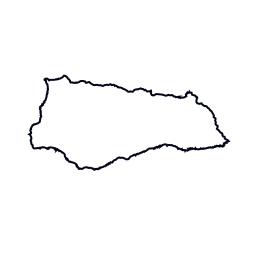 outline of Sao Joao Baptista, Porto Novo, Cabo Verde, rotated 26°
{"feature_id": "66160863B46579427106888", "entity_name": "Sao Joao Baptista", "entity_type": "district", "adm_level": 2, "iso_a3": "CPV", "parent_name": "Cabo Verde", "parent_adm1": "Porto Novo", "projection": "orthographic", "projection_center": [-25.144, 17.011], "detail": "fine", "context": "isolated", "style": "outline", "palette": "ink", "viewbox_px": 256, "rotation_deg": 26, "n_neighbors": 0, "source": "geoboundaries", "source_scale": "gbopen_adm2", "svg_char_len": 5851}
<svg xmlns="http://www.w3.org/2000/svg" viewBox="0 0 256 256"><g transform="rotate(26 128 128)"><path d="M171.1,70.0L169.6,68.4L168.0,69.2L167.2,68.5L167.0,69.9L166.3,70.1L166.2,70.5L165.8,70.2L165.4,71.9L165.4,72.7L166.5,73.8L165.3,75.6L164.0,76.7L162.7,77.1L161.8,78.2L160.8,78.1L160.2,78.4L160.0,78.0L160.2,77.5L157.4,79.4L156.7,79.2L155.2,79.3L155.1,79.5L153.4,79.0L151.0,80.4L150.0,80.4L147.9,82.4L143.7,83.1L138.5,85.1L136.9,87.4L136.1,87.5L136.0,87.8L134.9,87.9L133.4,86.9L133.0,85.3L132.2,84.4L131.2,85.7L129.3,86.7L127.3,86.3L126.7,86.6L126.5,86.3L126.0,86.7L124.2,86.4L123.5,86.9L122.0,86.8L120.1,88.9L119.3,89.1L117.5,90.5L116.9,91.5L116.6,93.0L116.1,93.5L114.3,94.0L112.8,95.1L111.6,95.3L111.1,95.0L108.6,94.7L106.0,95.0L105.6,94.7L103.4,94.9L101.7,95.7L101.0,95.8L100.8,95.4L98.9,95.3L97.8,95.9L97.5,95.5L96.7,95.3L95.8,95.6L94.8,96.6L93.0,96.3L91.6,98.0L90.1,98.3L88.1,99.8L87.2,101.1L85.7,101.5L84.9,101.4L82.8,102.5L81.1,102.8L79.2,104.1L77.8,104.5L74.7,104.2L73.1,103.6L70.5,105.8L69.0,105.0L67.1,105.4L64.7,106.7L63.5,108.7L62.0,109.9L61.3,109.8L60.7,110.7L59.5,111.0L59.1,111.4L57.6,111.5L56.5,112.3L55.5,111.6L55.2,111.0L53.0,109.9L52.4,110.0L51.0,109.0L49.1,108.7L47.6,108.9L46.8,111.4L46.1,112.1L45.7,113.0L44.4,114.1L44.0,114.1L43.8,114.7L42.9,115.0L42.9,115.5L41.6,116.0L41.3,116.5L39.9,117.4L36.5,119.1L36.2,119.8L34.1,119.0L32.2,119.8L31.7,121.0L32.1,121.5L32.8,121.1L33.4,121.4L34.5,123.0L36.2,124.2L36.5,124.2L38.6,127.4L38.6,128.0L39.2,128.4L39.6,130.8L40.3,131.6L40.0,132.4L40.5,132.8L40.5,134.2L41.1,135.6L41.7,139.4L41.1,140.4L41.2,142.1L41.5,142.1L41.0,143.1L41.2,143.7L41.0,143.9L40.6,143.5L41.2,144.2L40.5,144.4L41.0,145.6L40.4,146.0L39.8,147.6L40.4,148.0L40.2,148.7L40.7,148.8L40.6,149.6L42.1,150.9L42.2,151.9L42.7,152.0L42.9,153.0L43.6,153.6L43.9,154.9L44.6,155.1L45.1,155.9L44.8,157.3L46.0,161.1L45.1,163.0L43.3,165.0L42.6,165.3L42.4,165.9L41.7,166.1L41.6,166.9L41.1,167.3L40.9,170.3L40.9,170.9L41.4,171.5L41.1,171.9L41.3,172.2L41.2,172.9L43.1,174.8L43.1,175.4L42.1,176.9L42.9,176.9L45.3,178.9L46.0,180.6L45.8,181.0L46.0,182.0L47.0,182.7L48.0,184.6L49.9,185.3L50.0,185.9L50.3,186.0L50.5,186.6L51.3,187.2L52.4,187.6L54.7,186.3L55.8,185.4L57.7,185.0L57.7,184.4L58.0,184.5L58.0,184.2L59.2,183.3L59.5,182.7L62.1,182.0L64.2,181.9L64.5,181.5L64.7,181.8L65.0,181.2L65.7,181.5L65.9,181.3L65.7,180.1L67.2,179.2L70.3,178.4L71.1,178.4L71.3,178.8L71.5,178.5L71.7,178.8L72.4,178.2L73.1,178.3L73.1,178.8L73.4,178.5L73.5,179.0L73.6,178.7L73.9,178.9L74.3,178.2L75.1,178.2L75.7,178.3L76.2,178.9L76.6,178.5L77.3,178.3L79.1,178.6L79.2,178.9L80.5,178.7L82.5,179.4L83.0,179.8L83.6,181.1L84.6,181.8L85.6,182.0L85.8,182.8L87.1,182.3L87.6,182.7L87.5,183.4L88.6,183.5L90.0,184.1L90.4,183.8L90.7,184.1L90.6,184.3L91.2,183.5L92.1,183.6L92.7,183.3L95.6,183.0L97.6,183.3L98.0,183.5L98.0,184.1L98.5,184.2L98.5,184.6L99.1,184.7L98.9,185.0L99.1,185.2L101.2,185.5L101.2,186.0L101.6,186.3L102.6,185.9L103.2,185.2L104.2,185.2L104.7,184.9L106.1,182.8L107.3,181.8L109.1,181.1L109.8,181.3L111.3,180.4L113.6,179.9L113.9,180.1L114.1,179.8L115.1,179.7L115.8,180.3L116.4,180.1L116.8,179.0L117.6,178.8L118.2,178.1L119.0,178.2L119.7,177.8L119.8,176.2L120.5,176.1L120.4,175.9L120.8,175.4L122.4,174.3L123.3,172.9L124.2,172.4L124.3,171.6L124.9,171.3L124.7,170.7L125.3,170.3L125.2,169.8L126.1,169.6L126.1,168.8L126.4,168.9L126.5,168.3L126.8,168.2L126.6,168.0L127.0,167.9L127.4,166.4L128.8,166.1L129.1,165.7L129.1,164.7L129.7,163.0L130.9,161.9L131.7,159.9L132.5,158.8L133.4,158.2L134.0,158.3L135.8,157.2L137.3,156.9L140.3,156.9L142.0,155.8L142.8,152.5L144.3,150.9L145.2,149.3L145.8,149.0L146.8,149.4L147.2,147.7L148.0,146.9L148.3,147.0L148.3,146.7L149.6,145.9L149.9,145.0L150.4,144.8L151.2,143.6L151.6,143.5L152.0,142.4L152.5,142.4L153.1,141.7L153.3,141.8L153.4,141.3L154.2,140.7L155.9,137.3L159.4,135.3L160.1,135.4L160.1,135.0L160.4,134.4L161.1,134.6L161.3,133.4L162.2,132.3L163.0,132.1L163.1,132.3L163.5,131.6L164.0,131.7L163.7,131.1L164.0,130.4L164.3,130.4L164.2,130.2L164.4,129.8L164.9,129.6L165.3,129.9L165.3,129.6L165.7,129.5L165.8,129.7L166.0,129.4L166.2,129.7L166.1,128.9L166.5,128.7L166.7,128.0L168.0,126.7L169.8,126.0L171.0,126.8L171.2,126.1L172.1,125.3L174.1,124.7L174.9,124.1L175.8,124.2L177.3,124.1L178.5,123.6L179.4,123.9L180.5,123.7L181.1,124.2L182.3,124.1L181.7,125.5L183.1,124.0L184.4,124.0L185.2,123.6L185.6,123.8L185.7,123.5L186.0,123.9L186.9,123.9L187.3,123.5L187.9,123.5L188.8,122.9L189.2,123.3L189.2,123.0L190.9,122.4L191.2,121.9L191.5,122.1L192.0,121.3L191.7,121.2L191.9,120.5L192.3,120.3L191.7,120.1L192.1,119.9L192.5,119.0L193.2,118.6L193.7,118.9L193.9,118.7L194.0,119.2L195.0,118.1L195.3,118.1L195.3,118.4L196.9,117.7L197.2,117.0L197.6,117.2L197.6,116.7L198.2,117.1L200.6,116.4L201.2,115.7L201.9,115.5L202.4,115.0L202.4,114.6L202.8,114.7L203.9,113.8L204.3,114.0L205.1,113.6L205.1,113.1L206.8,112.4L208.7,110.4L209.0,110.5L209.7,109.8L210.3,109.7L210.5,109.2L212.1,108.9L212.3,108.3L213.0,108.3L213.1,107.8L214.2,107.1L214.2,106.7L214.5,106.8L215.0,106.3L214.8,106.1L215.1,106.0L215.2,105.6L215.7,105.5L215.8,105.0L216.2,105.1L217.8,104.1L218.0,104.3L218.3,103.5L218.5,103.7L218.9,103.5L219.1,103.9L220.4,102.7L220.9,103.1L221.0,102.8L221.5,102.8L221.8,102.4L221.3,102.1L221.4,101.1L221.8,100.9L221.0,99.9L221.4,99.7L221.2,99.5L221.6,98.9L222.4,98.7L222.4,97.8L223.2,97.8L223.0,97.2L224.3,95.7L222.7,95.2L220.2,95.2L219.5,95.0L219.0,93.8L218.6,93.6L217.2,93.8L216.2,93.4L215.7,92.2L214.8,91.5L214.3,91.7L212.6,91.3L210.4,90.2L208.3,89.9L208.2,88.3L207.6,86.8L206.2,86.7L204.7,85.9L204.5,84.4L203.1,83.2L202.7,81.3L202.3,81.0L200.3,80.7L199.5,78.9L195.7,76.4L193.7,75.9L192.3,75.0L190.7,74.9L189.4,74.2L188.1,74.2L187.4,74.6L186.0,74.7L183.7,74.0L183.2,73.6L181.8,74.9L179.6,75.4L178.5,75.0L177.8,74.1L177.1,72.3L177.1,70.5L176.7,70.1L176.0,69.9L175.2,70.2L174.3,69.4L171.1,70.0Z" fill="none" stroke="#020617" stroke-width="2"/></g></svg>